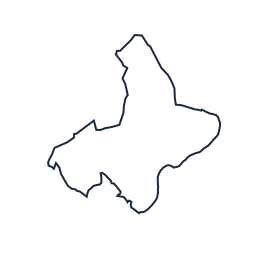 Oju, Benue, Nigeria, rotated 338°
{"feature_id": "59680162B46226733150895", "entity_name": "Oju", "entity_type": "district", "adm_level": 2, "iso_a3": "NGA", "parent_name": "Nigeria", "parent_adm1": "Benue", "projection": "equal_earth", "projection_center": [8.388, 6.875], "detail": "fine", "context": "isolated", "style": "outline", "palette": "slate", "viewbox_px": 256, "rotation_deg": 338, "n_neighbors": 0, "source": "geoboundaries", "source_scale": "gbopen_adm2", "svg_char_len": 2406}
<svg xmlns="http://www.w3.org/2000/svg" viewBox="0 0 256 256"><g transform="rotate(338 128 128)"><path d="M64.0,176.2L65.5,173.9L68.0,171.0L71.4,170.0L73.8,168.9L76.3,168.9L78.9,169.4L80.6,169.8L82.9,168.7L84.7,164.0L85.7,159.6L87.3,160.0L89.3,162.9L90.4,165.8L92.2,170.0L92.2,171.9L92.2,173.1L94.0,174.1L95.7,178.7L96.9,183.0L97.3,184.5L96.2,186.0L94.1,186.2L92.7,187.0L95.7,188.9L98.2,190.3L99.7,195.1L99.7,196.6L101.7,195.7L103.5,197.8L101.7,200.1L101.3,203.0L102.6,204.8L102.9,205.3L106.3,211.2L107.8,210.6L109.2,211.1L110.3,211.6L112.1,211.7L113.6,211.2L114.6,211.2L116.1,210.7L117.5,210.2L119.3,209.3L120.8,208.8L122.2,207.9L123.3,207.4L125.1,206.4L126.2,205.5L127.3,205.0L129.1,203.0L130.2,201.6L130.9,200.1L131.6,199.2L132.3,197.2L133.1,195.3L133.8,194.3L134.2,192.4L135.3,189.9L135.6,188.5L135.9,187.9L136.7,186.0L137.5,184.1L138.9,182.7L140.3,181.2L142.2,179.8L142.9,179.3L144.3,178.8L145.8,177.8L147.2,177.9L148.3,177.4L149.7,177.4L150.8,177.4L152.2,177.9L153.3,178.9L154.7,180.4L155.5,181.8L156.5,181.8L158.0,182.3L158.7,182.4L159.8,182.4L161.2,182.4L162.3,181.9L163.7,181.4L164.8,180.5L167.3,179.5L169.9,179.0L172.0,177.6L173.8,177.1L176.0,176.7L178.5,176.7L180.7,176.7L182.1,176.7L185.0,177.2L187.1,176.8L189.3,175.8L191.1,175.3L193.3,174.9L195.8,174.4L198.7,173.0L200.8,172.0L203.0,170.6L204.8,170.1L206.6,169.1L207.7,168.7L209.1,167.7L209.8,166.7L210.6,165.8L211.7,164.3L212.4,163.3L212.8,162.4L214.2,160.4L215.3,157.5L215.3,155.6L215.3,154.1L215.7,151.7L215.0,150.2L214.3,148.7L213.2,148.2L212.1,146.8L210.7,146.3L209.6,145.3L208.9,144.8L207.5,143.3L206.0,141.8L205.0,140.4L203.9,139.4L203.3,138.6L202.3,139.3L200.4,137.7L196.9,135.7L186.4,127.1L181.1,124.3L182.8,117.3L185.9,108.7L185.9,103.3L185.6,98.6L184.9,93.8L181.4,84.7L179.1,60.6L177.6,58.4L175.5,47.4L169.0,44.3L163.9,47.5L149.5,53.5L146.7,52.4L144.6,54.9L144.3,55.2L144.4,55.5L147.1,65.1L147.0,68.2L149.8,72.1L141.5,80.0L142.0,86.3L141.6,88.1L141.4,89.7L140.1,97.4L138.5,98.3L136.1,100.4L135.5,101.4L132.3,106.4L129.5,112.1L121.2,121.9L119.7,121.7L112.9,120.9L106.6,119.6L101.6,119.5L97.9,117.8L99.1,108.4L78.2,113.9L75.7,113.4L74.2,116.7L66.2,118.5L52.4,118.9L47.7,123.9L43.1,127.8L41.2,129.7L40.3,133.2L43.1,135.9L43.9,138.1L44.6,137.5L45.5,136.3L48.1,133.5L49.5,139.2L48.7,145.4L49.9,154.6L50.8,159.6L53.2,163.4L56.2,165.2L57.3,167.4L59.4,168.6L61.7,172.4L64.0,176.2Z" fill="none" stroke="#1e293b" stroke-width="2"/></g></svg>